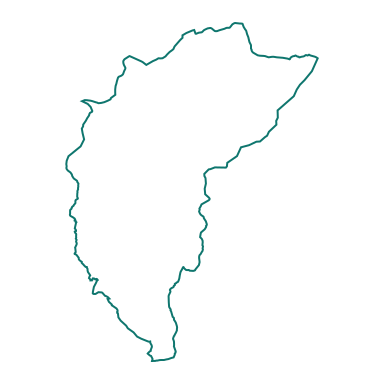 Bistra, Alba, Romania
{"feature_id": "2599482B44992285176007", "entity_name": "Bistra", "entity_type": "district", "adm_level": 2, "iso_a3": "ROU", "parent_name": "Romania", "parent_adm1": "Alba", "projection": "natural_earth1", "projection_center": [23.133, 46.419], "detail": "fine", "context": "isolated", "style": "outline", "palette": "teal", "viewbox_px": 384, "rotation_deg": 0, "n_neighbors": 0, "source": "geoboundaries", "source_scale": "gbopen_adm2", "svg_char_len": 5827}
<svg xmlns="http://www.w3.org/2000/svg" viewBox="0 0 384 384"><path d="M168.3,359.1L171.3,358.0L173.6,357.4L174.6,355.1L174.9,353.9L174.8,353.5L175.4,352.9L175.6,352.3L175.5,351.8L175.7,351.4L173.9,346.3L174.1,345.3L174.0,341.8L173.6,340.3L173.1,339.1L173.1,338.4L173.9,336.1L174.4,335.7L174.7,334.8L175.9,332.7L176.9,330.4L176.9,329.0L177.1,327.6L176.9,326.2L175.9,322.9L175.1,321.4L174.1,320.0L174.0,319.6L173.9,318.1L173.7,317.7L172.7,316.9L171.1,311.3L170.5,310.4L170.7,309.8L170.6,309.3L169.3,307.3L169.1,306.5L168.8,302.5L168.6,296.2L168.8,295.3L170.0,292.7L170.4,291.8L170.4,291.2L169.9,290.0L170.0,289.7L170.6,288.8L171.7,288.0L172.8,287.5L173.5,287.0L173.7,286.6L173.8,285.9L174.6,285.3L174.9,285.0L174.8,283.9L175.0,283.7L176.2,283.1L176.6,282.5L177.8,282.0L178.2,281.4L178.7,280.3L179.0,279.3L179.3,278.5L179.8,275.3L180.1,274.1L180.2,273.3L180.7,271.6L181.1,271.0L181.3,270.5L181.8,269.8L183.0,267.3L183.4,267.1L183.7,267.3L184.1,268.2L184.6,268.7L186.0,269.9L186.9,270.1L188.7,270.0L189.0,270.1L189.5,270.6L190.1,270.7L193.1,270.9L193.9,270.8L194.5,270.4L195.0,270.3L195.6,269.2L198.9,265.1L199.6,262.1L199.1,257.9L199.2,256.2L199.6,255.1L200.6,254.1L201.7,252.1L202.4,251.2L202.9,249.4L202.6,248.5L203.0,246.3L202.4,245.2L202.7,242.3L202.6,240.7L201.8,238.9L200.1,237.1L200.6,234.0L201.0,232.5L204.7,229.3L206.0,227.2L206.2,226.6L206.0,226.0L206.8,224.9L206.8,224.2L206.0,221.7L205.7,221.0L203.9,218.3L203.7,217.1L203.3,216.5L201.6,215.4L200.5,214.4L199.6,212.8L199.1,211.5L199.7,209.5L199.5,209.1L199.4,208.6L200.8,206.1L201.5,204.4L208.7,200.3L209.5,199.5L209.6,198.6L208.9,197.6L205.2,194.3L204.7,188.7L205.9,183.6L205.5,178.1L204.4,176.0L204.3,173.9L208.7,169.4L210.5,169.1L214.9,167.4L225.9,167.6L226.9,166.4L227.3,162.8L237.0,156.1L241.0,147.3L249.0,145.2L256.4,141.7L260.0,141.5L264.9,137.2L267.1,135.7L268.9,131.8L274.1,126.9L276.4,124.7L276.2,120.9L277.8,117.7L277.6,110.4L293.8,96.2L296.8,89.5L300.0,84.7L304.5,80.2L311.9,71.2L317.7,58.3L316.4,57.4L314.9,56.7L310.2,55.4L309.3,54.8L309.0,54.7L307.7,55.5L306.1,55.1L305.5,55.2L304.5,56.0L303.6,56.4L301.3,56.8L299.8,57.3L299.2,57.3L298.6,56.7L297.5,56.6L295.8,55.6L295.3,55.5L294.6,56.0L293.1,56.2L291.6,56.9L290.6,57.7L289.9,59.1L289.6,59.3L287.5,58.6L282.9,57.8L276.8,57.3L273.7,56.8L272.1,56.8L268.7,57.3L267.4,56.9L265.1,56.1L263.4,55.9L259.8,55.7L257.7,55.3L253.1,52.6L252.5,52.0L251.9,51.1L251.6,50.4L251.6,49.7L251.0,48.6L251.0,45.6L250.8,44.7L249.5,42.2L249.1,40.7L248.3,37.2L247.1,34.2L246.3,31.2L246.1,30.6L245.1,29.3L243.6,26.8L242.6,24.0L242.5,23.8L241.9,23.6L239.5,23.5L235.1,23.0L234.3,23.2L232.4,24.3L230.3,27.0L229.6,27.7L228.9,27.8L227.2,27.8L226.4,27.9L224.4,28.8L219.5,30.2L217.1,31.1L215.8,31.2L214.8,31.0L213.9,30.3L211.9,28.6L210.7,28.0L210.0,28.0L207.6,28.4L205.0,29.6L203.8,30.3L202.5,31.7L201.7,32.3L198.8,32.7L196.0,33.8L195.5,33.6L194.2,30.0L192.6,30.4L186.4,33.0L182.5,35.3L182.5,37.8L180.2,40.0L174.7,46.3L174.4,46.8L173.4,49.1L172.1,50.2L169.6,52.0L167.0,54.6L165.5,56.4L162.6,58.2L162.0,58.3L160.4,58.4L158.4,58.3L156.3,59.6L152.9,61.1L146.3,64.9L142.7,62.1L141.4,61.4L130.1,56.3L129.5,56.1L128.9,56.4L124.7,59.1L124.2,59.6L123.5,60.7L123.3,61.3L123.3,62.3L123.4,63.2L123.9,64.9L125.3,67.6L125.4,68.2L125.2,69.0L124.1,71.2L123.3,73.5L122.9,74.4L121.9,75.3L121.1,75.8L118.7,76.8L118.0,77.7L116.9,81.3L116.4,83.6L115.6,86.0L115.2,89.5L115.2,92.9L115.3,94.8L111.1,97.9L110.8,98.3L110.6,99.2L110.4,99.4L107.8,100.7L104.2,102.2L101.3,102.9L98.7,103.2L98.2,103.1L97.1,102.6L95.9,102.3L92.2,101.1L90.6,100.7L86.9,100.2L84.8,100.1L82.1,101.2L87.7,103.9L90.6,106.9L92.3,111.0L92.0,111.8L90.0,112.9L89.3,114.2L89.1,115.4L87.3,118.0L85.8,120.8L83.2,124.6L83.1,126.4L81.8,128.6L82.6,133.2L84.1,139.4L80.6,146.4L75.9,150.2L68.5,156.2L66.7,160.8L66.3,164.1L66.6,166.0L66.6,166.8L66.4,167.8L66.5,168.6L66.8,169.2L67.8,170.5L70.6,172.6L71.3,173.8L71.8,174.3L72.3,176.2L73.8,178.5L76.9,180.7L77.2,181.2L77.4,182.2L78.4,183.5L78.2,185.6L78.3,186.8L78.0,188.0L78.1,189.3L77.5,190.7L77.4,191.3L77.5,192.4L77.3,193.3L77.2,196.3L77.2,196.9L77.8,198.1L77.8,198.6L77.6,198.9L76.6,199.4L75.7,200.1L75.4,200.9L75.4,202.9L75.3,203.3L73.9,204.9L73.5,205.8L72.4,206.6L72.1,206.9L71.9,207.8L71.5,208.1L71.3,209.0L70.3,209.8L70.1,210.6L70.1,213.6L69.9,214.7L70.1,215.5L70.6,216.0L73.1,217.4L74.7,218.6L75.3,220.0L74.7,220.1L74.6,220.6L75.0,220.8L76.3,222.1L75.8,222.5L76.0,223.0L74.8,228.4L75.6,229.5L76.0,230.3L76.0,231.0L74.8,231.5L74.7,231.7L75.4,233.1L76.0,233.6L76.2,234.2L76.1,236.6L76.2,237.7L75.8,238.7L76.6,239.9L76.2,241.0L76.1,241.7L76.7,243.1L76.7,243.6L76.6,244.4L75.1,247.7L75.3,248.3L75.7,252.1L75.5,252.4L74.8,253.2L74.6,253.7L74.7,254.0L76.1,254.6L76.5,254.9L78.7,257.8L78.8,259.2L79.1,259.7L80.1,260.7L81.8,261.9L81.7,262.8L82.3,263.5L83.6,264.7L83.7,265.0L85.6,266.9L86.8,267.0L87.0,268.0L87.5,268.8L87.6,270.7L87.9,271.8L88.2,272.4L89.8,274.7L90.2,275.4L89.6,276.3L89.0,278.1L90.1,279.2L90.4,280.3L91.2,279.8L91.9,280.4L92.4,279.8L92.9,278.4L94.1,278.5L95.1,279.3L96.3,278.9L97.0,279.1L97.7,280.0L96.7,280.8L96.8,281.1L95.9,283.1L93.9,286.9L92.9,291.8L92.8,293.4L93.4,293.9L95.1,294.0L95.8,293.8L98.4,292.2L101.5,292.4L102.3,292.7L105.0,295.8L106.0,296.1L107.7,297.0L109.3,298.6L107.6,299.0L108.9,301.8L111.8,304.5L111.9,304.8L111.8,305.3L112.0,305.5L112.6,305.8L116.5,308.5L117.5,310.1L117.6,310.8L117.5,311.6L117.1,312.0L117.2,312.3L117.3,313.0L117.8,313.2L118.0,313.9L118.4,317.4L120.7,320.7L126.2,325.7L127.8,328.3L133.6,332.4L137.1,336.6L141.2,338.7L146.9,341.0L148.5,341.6L149.4,341.7L150.2,341.5L150.4,343.2L151.5,345.0L151.8,346.0L151.9,346.9L150.7,350.1L150.8,350.8L149.7,351.5L148.3,352.8L147.7,353.6L149.9,355.5L151.1,356.0L152.5,358.8L152.5,359.4L152.1,360.5L152.0,361.0L155.3,360.9L156.3,360.6L157.3,360.6L159.6,360.1L161.0,360.0L164.0,360.0L166.5,359.4L168.3,359.1Z" fill="none" stroke="#0f766e" stroke-width="2"/></svg>